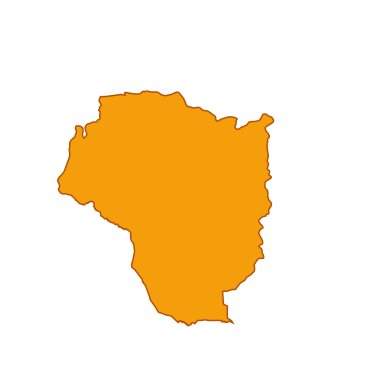 Phu Phan, Sakon Nakhon, Thailand, rotated 235°
{"feature_id": "78962969B29129628084941", "entity_name": "Phu Phan", "entity_type": "district", "adm_level": 2, "iso_a3": "THA", "parent_name": "Thailand", "parent_adm1": "Sakon Nakhon", "projection": "albers", "projection_center": [103.896, 16.916], "detail": "fine", "context": "isolated", "style": "filled", "palette": "amber", "viewbox_px": 384, "rotation_deg": 235, "n_neighbors": 0, "source": "geoboundaries", "source_scale": "gbopen_adm2", "svg_char_len": 6026}
<svg xmlns="http://www.w3.org/2000/svg" viewBox="0 0 384 384"><g transform="rotate(235 192 192)"><path d="M213.1,297.4L213.6,297.1L214.3,296.0L214.8,295.1L214.8,294.4L212.3,289.6L212.2,288.0L212.3,287.1L213.7,284.0L216.3,279.9L216.5,279.3L216.3,277.8L215.6,275.9L215.6,274.7L215.8,273.0L216.7,270.0L216.7,266.9L216.8,266.1L217.3,265.1L218.2,264.4L218.9,264.2L220.4,264.4L221.1,264.7L221.4,265.2L222.1,266.6L223.2,267.7L224.8,268.8L225.7,270.6L226.1,270.9L226.5,270.9L228.7,269.5L230.5,267.8L231.3,266.9L232.8,264.4L234.8,258.1L235.5,253.2L235.9,252.8L236.8,252.8L239.9,254.1L241.4,254.3L243.5,253.3L245.9,252.7L249.0,251.5L252.5,248.0L253.8,247.4L256.3,246.8L257.1,246.4L258.5,244.6L259.2,242.2L262.6,239.3L265.3,237.2L267.3,237.4L272.0,238.5L275.2,238.7L280.4,238.3L281.8,237.6L282.4,237.1L282.9,236.0L283.1,235.3L282.9,234.9L284.0,230.4L286.2,225.2L286.9,224.6L288.1,223.8L289.3,222.6L291.3,222.1L293.3,221.1L294.0,220.6L297.4,215.8L300.4,213.2L301.0,211.5L302.3,210.0L302.5,209.5L302.5,208.0L302.3,205.8L303.0,204.2L304.7,201.9L309.3,196.9L310.7,195.8L311.8,194.3L311.9,193.9L311.8,193.7L309.8,193.0L309.8,192.1L312.1,190.6L312.8,189.4L318.6,178.1L320.5,174.8L322.2,172.3L322.5,171.6L322.4,171.3L321.1,169.3L320.2,168.3L319.8,168.1L315.4,167.7L314.6,166.4L314.5,164.8L313.7,164.6L313.3,164.3L313.0,163.7L312.8,162.7L312.6,162.5L312.2,162.4L310.8,162.8L310.2,162.7L308.8,161.3L307.2,160.0L306.4,159.6L305.7,159.5L305.0,158.8L304.7,158.0L305.0,156.5L304.4,153.8L304.5,153.3L305.7,151.5L306.2,150.5L306.5,148.5L307.5,145.6L307.6,144.9L307.2,143.1L306.1,141.4L305.2,140.8L304.1,140.3L300.1,139.3L299.5,138.9L299.0,138.3L298.7,137.5L298.1,134.9L298.3,134.3L299.4,134.3L301.9,135.2L302.5,135.7L303.0,136.5L304.7,137.9L306.7,138.9L307.6,139.1L308.9,138.8L310.4,137.9L312.2,135.5L312.3,134.8L311.9,133.8L311.1,133.1L309.5,132.8L307.6,131.8L306.9,131.1L305.6,129.1L304.5,127.9L304.3,127.4L303.8,123.2L303.2,121.4L302.3,119.9L299.6,118.2L296.9,115.4L296.0,115.2L294.6,114.5L292.3,113.0L291.4,112.2L290.4,110.9L282.9,100.2L282.1,98.8L281.5,97.5L281.1,96.3L280.3,91.9L280.0,90.9L278.4,88.4L273.7,87.5L273.2,87.3L272.5,86.8L272.0,86.1L271.3,84.5L270.3,83.9L269.4,83.8L267.1,83.8L266.1,84.1L265.0,84.7L264.4,85.4L262.9,87.6L260.5,89.3L259.6,90.7L257.8,91.3L253.9,92.3L253.2,92.2L252.4,91.9L250.6,92.8L249.5,93.0L249.1,92.8L246.5,93.6L245.8,94.4L244.2,95.3L244.0,95.8L243.2,96.4L243.5,98.6L242.6,100.3L242.9,100.8L242.7,101.6L242.9,102.1L242.4,102.6L242.3,103.9L241.5,105.0L239.9,105.1L239.4,105.5L239.0,105.4L238.3,105.0L237.3,104.1L236.6,103.2L235.6,103.4L234.4,102.9L234.0,103.1L232.8,102.9L232.2,103.3L231.9,103.0L231.1,103.5L230.8,103.9L228.7,105.2L226.9,104.9L225.4,104.1L225.1,103.8L224.7,103.7L222.7,104.6L220.5,105.0L219.8,105.4L219.6,105.7L219.4,106.8L219.1,107.0L218.2,107.2L217.8,106.7L217.5,106.7L216.6,106.8L216.7,107.2L216.3,107.3L216.1,107.6L215.2,107.3L214.5,108.1L213.7,108.2L212.5,109.0L212.1,110.1L210.5,110.1L209.1,110.8L209.1,111.6L208.9,111.8L207.2,112.4L206.3,112.1L206.0,112.4L205.9,112.1L205.6,112.1L205.1,112.6L204.6,112.6L204.2,112.9L204.2,113.3L203.7,113.6L203.4,113.6L203.4,114.0L203.0,114.0L202.5,114.5L202.1,114.3L201.9,114.7L201.6,114.7L201.4,114.8L201.0,114.6L200.8,115.0L200.4,115.0L199.9,115.3L200.1,115.9L199.4,116.8L199.5,117.1L198.1,117.2L197.3,117.8L195.0,118.4L194.1,118.4L193.1,118.0L190.3,115.9L188.4,114.9L186.9,114.5L183.4,114.4L181.4,113.7L177.1,111.4L176.3,110.9L174.1,108.7L172.0,106.4L170.3,104.8L169.0,103.0L166.5,100.5L165.4,99.8L165.0,99.6L160.4,100.7L150.8,100.9L149.4,101.2L147.3,100.5L147.1,100.0L146.7,100.2L144.9,99.9L144.6,100.2L142.2,100.2L132.9,97.9L127.3,96.0L118.4,96.0L112.8,95.6L112.0,96.0L110.3,97.6L106.5,99.9L103.3,103.1L102.3,103.8L101.3,104.1L95.3,105.3L94.5,105.9L93.9,105.6L93.4,105.7L93.8,106.1L93.2,106.8L93.2,107.4L92.9,107.6L93.1,107.8L93.4,107.8L93.4,108.4L92.8,108.8L92.3,108.8L91.8,109.6L91.1,109.3L91.2,109.8L90.7,109.8L90.5,110.8L90.1,110.9L89.9,110.5L89.0,111.2L88.6,111.2L88.5,111.4L88.2,111.1L87.9,111.4L87.5,111.6L86.9,111.5L86.6,112.2L86.3,112.1L86.1,111.7L85.8,111.6L85.1,111.8L84.7,112.2L84.1,114.4L84.2,115.7L84.9,116.4L84.5,117.8L84.1,118.2L82.7,118.4L82.5,118.8L83.0,119.9L82.9,121.1L83.8,122.3L83.7,122.8L82.0,125.1L79.8,129.3L79.2,130.1L77.8,131.3L76.4,133.0L72.1,139.4L70.0,141.9L69.8,142.5L69.0,142.1L68.6,142.1L68.8,142.4L68.7,143.0L67.2,143.5L66.9,144.0L67.1,144.5L66.5,144.5L66.2,144.7L66.0,145.4L65.0,146.1L65.0,147.8L64.7,148.3L63.8,149.1L61.5,150.3L63.3,150.5L64.1,150.4L67.9,148.9L68.7,148.8L73.8,152.2L78.2,155.6L81.4,153.7L82.2,153.5L92.8,159.9L92.8,160.5L90.6,164.0L90.2,165.0L89.4,168.3L88.9,169.3L87.5,171.0L87.4,172.1L88.5,175.1L89.5,178.5L89.7,181.5L89.4,184.5L90.3,186.6L90.9,188.4L90.6,190.3L90.6,192.6L91.3,197.2L91.7,198.0L92.9,199.1L96.9,201.3L98.3,204.7L99.2,207.3L99.2,208.6L98.3,210.2L96.7,212.5L96.9,212.9L98.7,214.0L102.2,214.7L103.5,215.7L104.5,216.1L106.0,216.3L108.0,215.6L109.1,215.7L109.3,215.9L109.5,217.3L109.1,219.0L109.1,219.9L109.4,220.4L110.2,221.0L111.8,221.8L112.9,222.0L119.5,222.8L120.3,223.3L122.1,226.1L122.0,229.3L122.2,229.8L123.0,230.0L124.3,230.1L127.1,229.7L128.7,229.7L129.8,229.9L130.4,230.4L130.9,231.5L131.2,234.9L130.9,236.6L130.1,238.3L130.1,238.8L130.9,239.8L131.1,240.3L130.3,241.2L130.3,242.3L130.7,242.9L131.1,243.3L132.3,243.8L133.5,244.7L133.9,245.5L134.7,247.7L135.2,248.7L136.2,249.9L137.5,250.6L138.8,250.6L140.9,250.4L142.5,250.6L145.4,251.8L148.1,253.8L149.1,254.4L149.9,254.6L152.9,254.4L153.8,254.5L154.8,255.0L157.2,256.6L157.8,257.3L158.3,259.1L158.3,260.2L158.1,264.7L158.8,265.5L159.8,265.5L161.5,264.9L162.0,264.9L162.4,265.1L163.9,267.0L165.0,267.6L166.8,267.0L168.2,267.0L169.3,268.7L171.2,270.9L173.4,271.1L174.2,271.4L174.9,271.9L176.7,274.2L178.0,275.3L183.3,277.9L186.7,279.9L189.9,282.9L191.5,283.7L192.2,284.7L192.5,286.7L193.6,287.6L196.9,287.9L199.6,287.5L202.1,288.5L202.8,289.3L203.1,290.4L202.6,296.5L202.7,298.3L203.2,299.3L203.6,299.8L204.0,300.0L207.3,300.2L207.9,300.0L209.8,298.6L213.1,297.4Z" fill="#f59e0b" stroke="#b45309" stroke-width="1.5"/></g></svg>